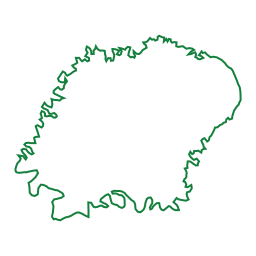 outline of Campina da Lagoa, Paraná, Brazil
{"feature_id": "56859067B30898784628481", "entity_name": "Campina da Lagoa", "entity_type": "district", "adm_level": 2, "iso_a3": "BRA", "parent_name": "Brazil", "parent_adm1": "Paraná", "projection": "mercator", "projection_center": [-52.806, -24.618], "detail": "fine", "context": "isolated", "style": "outline", "palette": "green", "viewbox_px": 256, "rotation_deg": 0, "n_neighbors": 0, "source": "geoboundaries", "source_scale": "gbopen_adm2", "svg_char_len": 5179}
<svg xmlns="http://www.w3.org/2000/svg" viewBox="0 0 256 256"><path d="M178.9,210.1L177.9,206.9L176.6,204.8L173.5,202.1L176.6,198.0L178.3,199.3L180.8,199.8L182.8,200.2L185.9,200.7L188.6,199.5L187.1,196.4L186.6,194.0L187.2,192.2L189.9,191.5L191.8,188.2L191.3,185.0L187.6,187.2L185.5,186.8L186.3,184.4L185.1,181.9L183.5,181.4L184.3,179.4L186.2,177.5L186.4,174.9L186.7,172.7L186.1,170.9L184.8,168.5L187.5,167.9L187.2,165.7L187.7,161.4L189.9,161.4L191.7,162.5L193.6,164.0L196.0,165.5L197.8,165.3L197.9,163.2L199.1,161.5L196.7,158.7L194.0,159.9L192.3,158.7L190.2,156.5L189.1,154.3L190.3,151.8L192.2,154.1L193.7,153.2L194.2,150.9L196.1,151.1L198.3,150.7L201.3,152.6L201.7,150.2L203.3,149.0L205.4,148.8L203.7,146.8L203.2,144.5L202.0,142.4L201.3,140.6L202.7,139.0L204.5,138.2L205.9,139.9L207.1,141.5L208.8,140.3L209.6,137.1L211.3,135.5L212.6,133.0L214.0,130.3L215.1,127.5L217.5,127.3L219.8,125.2L222.3,124.1L223.5,122.8L225.8,122.1L226.4,119.4L228.1,117.8L229.5,119.5L232.1,118.6L232.3,116.2L234.1,110.5L236.9,106.4L238.7,104.6L239.4,102.3L240.6,100.3L240.6,97.9L240.5,93.7L240.3,90.9L239.7,87.2L237.8,83.4L237.3,81.6L235.4,77.0L232.6,70.4L231.2,68.6L228.6,67.3L226.6,65.4L224.9,63.0L223.3,61.6L221.7,60.0L219.0,58.6L217.0,57.4L213.0,56.7L210.5,57.2L206.6,54.2L205.1,52.5L202.7,52.9L201.6,51.4L198.9,55.3L201.0,55.9L203.3,57.9L200.0,59.3L198.1,59.0L196.9,57.7L195.3,57.1L196.1,54.4L195.1,52.3L192.8,53.2L191.1,54.0L188.3,54.5L189.6,53.1L191.4,51.3L194.1,49.9L192.2,48.6L189.3,48.1L186.3,48.7L182.8,46.2L180.8,46.5L178.4,46.9L176.3,46.3L176.3,44.3L176.6,42.4L174.5,42.1L171.9,42.6L170.8,41.3L170.7,39.4L169.0,38.9L167.5,41.5L166.4,39.0L163.9,41.5L164.3,37.6L162.4,37.3L160.7,36.5L159.1,35.8L157.7,36.9L157.5,39.7L155.3,40.6L153.8,39.2L152.0,39.7L150.0,38.0L147.5,41.2L146.0,42.2L143.3,42.4L144.3,44.1L145.9,45.1L146.6,47.7L142.7,50.0L140.8,52.7L139.1,54.0L137.0,53.9L135.4,52.8L133.6,51.0L133.6,52.8L135.1,56.1L134.4,57.7L132.6,56.8L130.6,57.3L128.3,55.2L128.9,51.9L129.8,49.7L130.3,47.4L127.7,46.9L126.2,48.2L125.1,49.7L121.4,48.4L119.4,48.0L121.7,51.3L120.8,54.3L119.3,55.2L116.8,54.3L119.1,50.9L117.3,49.8L114.9,49.2L112.4,49.0L112.7,51.5L113.9,53.7L114.2,56.1L113.2,60.5L111.0,60.8L110.5,58.1L108.2,58.1L106.3,61.2L105.5,59.2L105.7,56.0L105.0,54.3L104.7,50.8L102.7,50.5L99.9,50.6L97.5,49.0L95.9,46.3L95.2,48.9L93.5,50.6L93.8,53.9L91.4,54.1L91.2,51.3L90.1,48.8L88.6,47.5L86.8,46.6L86.0,50.0L87.6,52.7L85.3,56.2L88.9,57.9L89.1,60.6L87.3,61.3L84.8,59.3L82.1,61.3L80.8,60.0L79.2,57.9L75.9,57.9L76.6,60.3L77.3,62.7L75.1,64.1L72.3,65.5L74.0,67.7L75.8,68.7L76.0,70.5L73.5,71.6L70.5,73.9L67.3,75.7L65.9,74.6L65.2,72.8L62.8,71.5L61.0,74.2L58.0,78.7L59.1,81.3L62.0,82.4L64.9,82.0L65.2,78.4L67.0,81.2L64.8,84.1L63.9,86.2L63.8,88.2L61.8,89.7L60.1,89.3L58.1,87.1L55.3,89.3L53.7,90.9L53.6,93.0L55.0,94.0L57.3,95.0L60.2,96.5L63.8,98.1L61.6,98.7L59.7,100.5L56.3,100.0L54.1,99.9L51.5,99.1L52.1,101.5L52.3,104.8L51.5,107.4L48.5,106.4L46.4,105.1L44.5,102.7L43.2,104.9L41.9,106.9L43.4,108.3L47.6,110.0L49.4,113.8L51.8,113.8L54.2,113.0L56.2,114.7L56.8,116.4L55.4,117.6L53.7,117.6L51.5,116.0L49.0,115.9L46.7,116.4L44.9,115.9L45.1,113.7L44.1,112.1L41.8,111.1L40.6,113.6L41.4,115.9L41.9,118.3L39.7,119.5L42.5,122.1L43.3,123.9L43.0,126.0L41.6,127.5L39.2,126.2L37.5,125.2L35.7,126.2L37.9,132.8L39.1,136.7L35.6,136.9L34.1,137.8L34.5,139.6L35.4,143.1L30.7,143.1L28.3,142.7L25.8,143.1L24.4,144.5L26.3,146.5L29.4,147.0L31.2,148.7L32.2,151.6L33.5,153.4L31.7,154.4L29.6,153.3L27.7,151.7L26.1,149.3L23.2,148.9L21.5,150.0L22.7,152.5L25.6,155.6L26.7,157.7L25.7,159.4L24.4,157.9L23.4,156.3L20.7,155.7L18.3,155.4L20.7,158.4L20.0,160.5L17.3,163.5L16.1,166.6L15.4,169.4L15.8,171.6L17.3,172.6L19.9,172.8L24.4,172.2L26.4,172.3L28.4,171.7L32.4,170.9L34.1,170.5L36.8,170.3L38.0,173.1L35.9,176.6L34.7,178.0L31.1,181.3L28.6,182.8L29.3,185.8L29.8,192.9L31.8,195.2L34.7,196.0L37.7,194.4L38.1,191.2L38.3,188.3L40.8,184.7L43.3,184.9L45.2,185.7L46.8,186.5L48.6,188.2L50.9,188.7L55.4,190.1L57.5,190.3L61.1,192.4L62.8,193.6L63.7,195.9L61.7,197.6L56.3,199.0L54.1,199.4L52.2,202.1L53.5,206.2L52.8,213.1L52.2,215.0L52.1,216.9L53.7,219.3L55.5,218.8L58.2,219.9L60.4,220.2L62.8,218.8L65.4,217.5L69.0,216.6L71.4,215.6L73.5,214.2L76.5,212.7L78.7,212.4L82.0,213.7L85.9,215.9L88.5,217.0L88.5,210.4L88.3,202.4L91.3,202.8L92.3,204.7L93.6,206.8L95.4,207.3L97.7,206.8L99.7,205.8L102.0,205.6L103.8,207.0L106.7,207.3L108.2,206.1L106.2,204.2L103.2,202.8L100.4,201.4L100.8,199.2L105.6,195.3L108.2,194.2L110.0,195.9L110.3,197.9L111.8,203.2L114.0,204.3L117.2,205.1L119.1,206.8L121.8,207.9L123.7,207.1L124.7,205.6L124.6,200.2L124.3,197.9L121.9,195.3L119.1,195.0L116.9,193.7L114.9,193.4L112.6,193.6L111.8,191.7L114.2,190.8L117.2,191.0L119.7,191.0L122.0,191.5L124.7,193.0L126.0,194.7L131.2,199.8L132.6,200.8L134.0,201.7L135.1,204.1L135.5,209.0L137.6,211.6L140.1,212.3L141.7,211.3L143.5,209.7L144.6,207.5L145.1,205.4L145.5,202.7L146.8,198.9L148.8,197.6L150.8,197.6L152.3,200.2L152.2,203.4L150.7,205.8L149.9,207.5L150.4,209.4L152.1,208.5L153.0,206.6L155.0,204.6L156.9,203.1L159.2,203.1L160.0,207.5L161.5,209.6L163.6,210.3L165.0,209.2L168.7,206.1L170.3,206.5L171.8,208.2L173.5,209.4L175.7,210.2L178.9,210.1Z" fill="none" stroke="#15803d" stroke-width="2"/></svg>